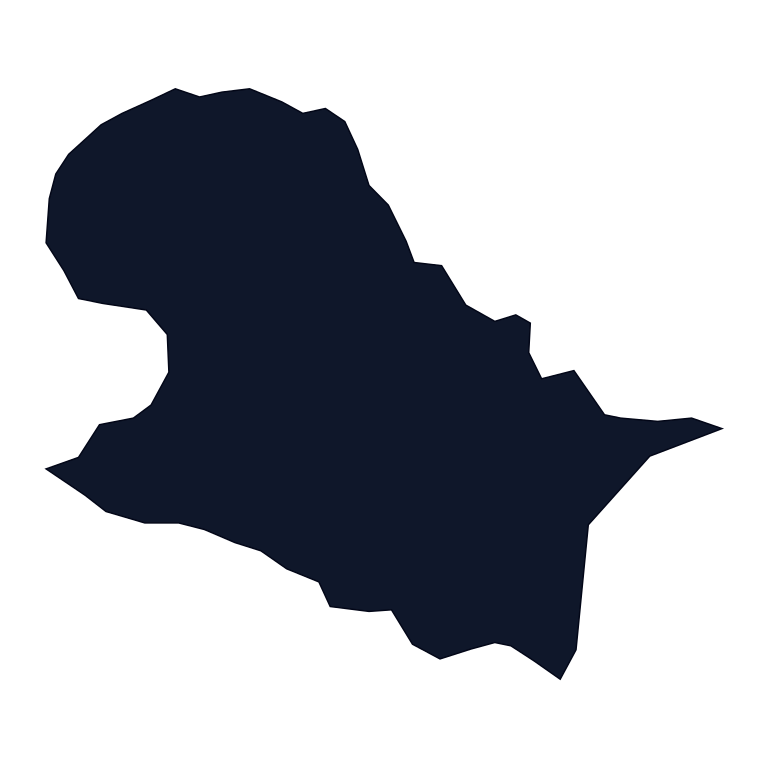 the district of Kotsiatis, Nicosia, Cyprus, rotated 90°
{"feature_id": "46923920B69253300160662", "entity_name": "Kotsiatis", "entity_type": "district", "adm_level": 2, "iso_a3": "CYP", "parent_name": "Cyprus", "parent_adm1": "Nicosia", "projection": "robinson", "projection_center": [33.342, 35.013], "detail": "fine", "context": "isolated", "style": "filled", "palette": "ink", "viewbox_px": 768, "rotation_deg": 90, "n_neighbors": 0, "source": "geoboundaries", "source_scale": "gbopen_adm2", "svg_char_len": 979}
<svg xmlns="http://www.w3.org/2000/svg" viewBox="0 0 768 768"><g transform="rotate(90 384 384)"><path d="M428.6,46.1L418.1,76.4L421.4,110.3L418.1,147.4L414.8,163.5L370.6,194.1L378.8,226.4L352.6,239.3L323.1,237.7L314.9,252.2L321.4,273.2L305.1,302.2L265.7,326.4L262.5,353.9L241.2,361.9L205.1,379.7L185.5,399.0L149.4,410.3L121.6,423.2L108.5,442.6L113.4,465.2L101.9,486.2L88.8,518.4L92.1,545.9L97.0,568.5L88.8,592.7L100.3,616.9L113.4,645.9L124.8,666.9L139.6,683.1L154.3,699.3L174.0,712.2L198.6,718.7L242.8,721.9L270.6,704.1L298.5,689.5L303.4,665.3L310.0,621.7L334.5,600.7L372.2,599.1L405.0,616.9L418.1,634.6L424.7,668.5L457.4,689.5L468.9,721.9L495.1,683.1L511.5,662.0L522.9,623.3L522.9,589.4L529.5,563.6L542.6,533.0L550.8,507.1L568.8,481.3L581.9,449.1L606.5,437.8L611.4,399.0L609.8,376.5L644.2,355.5L658.9,328.0L649.1,297.4L642.5,273.2L645.8,257.1L660.5,234.5L679.2,207.8L649.8,192.0L524.8,179.7L456.1,118.2L428.6,46.1Z" fill="#0f172a" stroke="#020617" stroke-width="1.5"/></g></svg>